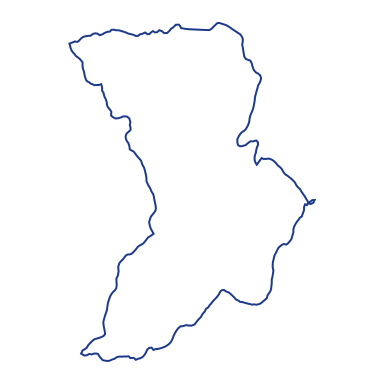 Cariri do Tocantins, Tocantins, Brazil
{"feature_id": "56859067B90473711295320", "entity_name": "Cariri do Tocantins", "entity_type": "district", "adm_level": 2, "iso_a3": "BRA", "parent_name": "Brazil", "parent_adm1": "Tocantins", "projection": "equal_earth", "projection_center": [-49.215, -11.947], "detail": "fine", "context": "isolated", "style": "outline", "palette": "blue", "viewbox_px": 384, "rotation_deg": 0, "n_neighbors": 0, "source": "geoboundaries", "source_scale": "gbopen_adm2", "svg_char_len": 5065}
<svg xmlns="http://www.w3.org/2000/svg" viewBox="0 0 384 384"><path d="M308.3,203.2L307.6,201.1L306.4,199.3L304.8,196.4L302.9,193.7L301.4,191.6L300.1,189.2L297.9,187.2L296.3,185.2L294.9,182.4L292.7,180.1L290.5,178.1L288.8,176.8L287.3,175.6L285.3,174.4L283.3,171.9L281.7,168.9L279.6,166.8L277.7,165.4L276.2,163.3L274.2,161.3L271.7,159.6L268.8,158.6L265.9,158.9L263.8,159.0L261.6,158.1L256.8,164.7L255.6,162.8L254.6,160.0L254.7,156.0L255.8,152.9L256.2,150.1L257.0,147.2L258.0,144.9L257.9,142.3L256.2,140.5L253.4,141.3L250.4,141.3L247.6,143.4L245.7,145.1L243.5,145.7L241.4,146.3L239.6,146.1L237.9,144.9L237.4,142.5L237.3,139.3L238.8,136.2L240.7,133.4L242.2,132.0L243.9,131.0L245.7,129.3L246.8,127.5L248.0,125.3L249.2,122.0L249.6,118.5L250.2,115.7L251.1,113.7L252.1,111.3L253.3,107.9L254.1,103.9L254.7,100.6L255.0,97.0L256.0,93.3L256.7,90.7L257.5,88.0L258.1,85.3L259.3,83.5L260.4,81.2L261.1,78.2L260.2,75.4L258.2,73.7L255.8,72.3L253.8,70.0L252.5,66.4L251.7,63.2L250.3,60.6L247.9,59.8L245.7,58.9L244.2,56.3L243.8,53.7L242.2,44.4L242.8,41.4L242.7,38.5L241.8,36.5L240.3,34.4L238.0,32.9L236.2,31.7L234.2,30.4L232.0,28.9L229.7,27.3L227.7,26.0L225.6,24.9L223.8,24.4L221.7,23.7L219.4,23.0L217.3,23.1L211.6,28.7L209.5,30.1L205.7,30.0L188.3,29.2L186.2,29.0L181.1,28.1L180.2,26.1L178.7,24.6L175.8,24.8L173.4,27.2L170.9,28.9L169.4,30.9L167.2,33.0L164.1,33.1L162.0,31.2L159.4,30.2L157.1,32.2L154.9,32.4L153.0,31.1L151.4,32.1L149.4,34.1L147.3,34.1L145.1,32.5L142.4,33.8L140.0,34.3L138.3,35.7L136.1,36.1L133.4,34.8L130.8,34.2L128.3,33.6L126.2,32.6L123.9,31.8L122.0,31.2L119.8,30.6L118.1,30.2L116.3,30.3L113.9,29.7L111.5,29.8L110.0,31.5L107.2,31.9L104.6,32.9L102.3,34.4L99.7,35.2L97.4,33.6L95.3,33.3L93.0,33.9L90.5,35.8L88.2,35.8L85.8,36.2L82.9,37.0L80.7,38.8L79.1,40.6L77.5,41.9L74.7,41.5L72.6,42.4L69.4,43.6L70.1,45.7L70.6,48.1L71.7,50.7L72.9,52.4L74.5,54.0L75.7,55.8L77.7,57.3L79.5,58.7L81.2,60.6L82.6,62.4L82.5,64.8L82.8,68.2L84.1,72.1L84.8,76.2L86.1,80.1L87.4,81.5L89.0,82.2L90.8,83.7L92.6,84.3L94.5,85.2L97.0,85.0L98.9,85.0L101.2,84.2L102.1,87.2L102.1,90.6L103.6,93.1L104.3,96.3L105.8,99.3L106.8,102.4L106.9,104.8L107.8,107.0L109.5,109.0L111.3,111.6L111.1,115.6L113.2,117.3L115.4,118.5L118.4,118.2L121.0,117.4L123.2,116.4L125.0,116.4L127.2,116.7L129.3,118.4L130.4,122.1L129.8,125.1L130.5,127.6L130.5,130.0L128.8,131.6L126.6,133.5L125.6,136.2L125.9,139.0L127.0,141.2L128.3,143.0L129.3,145.7L129.8,149.4L131.8,150.6L133.6,151.5L135.0,153.3L137.0,156.0L139.3,158.6L141.1,160.7L142.2,164.3L144.1,167.8L145.0,170.8L145.7,173.9L146.4,177.7L146.5,181.2L148.0,184.7L150.1,188.2L151.6,191.7L153.1,194.0L153.8,196.3L154.3,199.3L155.0,202.6L155.6,205.5L155.9,208.3L155.5,210.5L154.4,212.3L152.8,214.3L151.0,216.5L150.1,218.8L149.1,222.0L149.9,226.2L150.8,228.7L153.6,233.8L150.5,236.0L148.0,237.5L145.9,240.3L143.6,243.1L142.0,244.3L140.0,245.3L138.1,246.5L136.4,248.7L135.1,250.3L133.7,251.8L131.9,253.6L130.0,254.3L127.5,254.6L125.9,255.5L124.6,257.1L123.1,259.2L120.9,261.3L119.4,263.1L118.2,266.8L118.6,271.4L117.8,275.8L116.4,278.5L116.5,281.7L116.7,284.9L116.3,288.1L114.8,290.5L112.7,292.3L111.0,294.8L109.9,296.9L108.9,300.0L107.9,303.1L107.3,307.1L106.8,310.5L105.6,314.0L104.6,317.1L103.8,319.9L103.3,322.5L103.6,325.4L104.2,328.5L104.8,331.5L105.1,334.2L103.4,336.1L101.0,337.2L98.5,338.1L96.7,338.6L95.0,339.0L92.9,340.4L91.3,342.0L89.9,343.4L88.2,345.2L86.6,347.9L84.8,349.2L82.7,350.3L81.1,353.6L83.0,354.8L84.8,355.6L86.9,355.2L89.1,354.0L91.7,354.4L93.9,353.6L96.2,353.5L98.0,354.0L99.6,356.6L101.1,358.4L102.8,360.2L105.3,360.7L108.0,361.0L110.1,360.5L112.2,359.5L114.4,358.8L116.8,357.2L119.6,356.5L121.4,356.7L123.4,356.5L126.2,356.5L128.7,356.3L130.4,358.1L133.8,357.9L135.8,359.8L137.9,358.8L139.8,358.4L142.0,357.4L143.9,355.7L145.8,352.9L147.3,349.5L149.3,347.9L151.6,347.6L153.4,349.9L155.7,349.1L157.9,348.9L160.2,348.4L163.2,347.4L165.6,346.4L168.0,344.8L169.6,343.4L171.1,341.7L172.5,338.9L173.5,336.1L174.7,333.6L176.3,330.8L178.3,328.2L180.6,326.3L183.2,326.1L186.2,325.1L189.0,325.6L191.7,325.6L194.5,324.5L196.6,321.8L198.6,319.3L200.5,317.5L201.6,315.7L202.6,313.9L204.7,311.6L206.1,308.8L208.1,307.5L209.6,305.2L211.1,303.6L212.8,301.4L214.6,299.4L216.8,297.2L219.0,294.2L220.4,291.3L222.1,290.1L223.9,289.9L225.9,291.4L228.9,292.5L231.4,294.7L234.0,297.2L236.1,299.6L238.4,300.6L240.0,301.9L242.3,302.1L244.9,302.8L247.4,303.5L250.0,304.1L251.9,304.6L254.2,304.4L256.8,304.7L259.0,304.1L260.7,303.4L262.3,302.1L265.0,299.8L266.8,298.2L267.6,295.3L268.9,293.3L270.1,291.6L271.0,289.5L271.3,286.9L271.7,283.7L271.8,279.5L272.4,276.9L273.0,273.6L273.4,270.5L272.7,267.6L272.7,264.8L272.9,262.0L273.6,259.3L274.5,255.5L276.2,252.2L277.5,249.6L278.7,247.5L280.6,245.9L282.1,244.7L284.1,244.0L286.2,244.6L287.8,243.5L289.7,241.4L291.4,239.1L292.3,235.8L293.4,232.4L293.4,229.4L294.0,226.9L295.6,223.8L297.2,221.4L298.8,219.4L300.0,217.6L301.8,216.5L302.6,214.1L304.0,210.2L304.1,206.8L305.1,204.3L306.8,205.2L308.3,203.2ZM308.3,203.2L310.7,204.0L313.3,202.8L314.6,200.0L312.3,200.1L310.4,201.5L308.3,203.2Z" fill="none" stroke="#1e3a8a" stroke-width="2"/></svg>